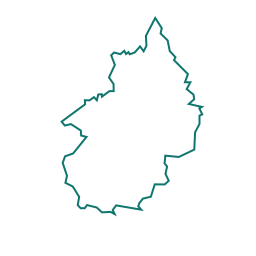 Rosoman, Rosoman, North Macedonia, rotated 325°
{"feature_id": "65306769B19811324233496", "entity_name": "Rosoman", "entity_type": "district", "adm_level": 2, "iso_a3": "MKD", "parent_name": "North Macedonia", "parent_adm1": "Rosoman", "projection": "equal_earth", "projection_center": [21.91, 41.5], "detail": "fine", "context": "isolated", "style": "outline", "palette": "teal", "viewbox_px": 256, "rotation_deg": 325, "n_neighbors": 0, "source": "geoboundaries", "source_scale": "gbopen_adm2", "svg_char_len": 1099}
<svg xmlns="http://www.w3.org/2000/svg" viewBox="0 0 256 256"><g transform="rotate(325 128 128)"><path d="M45.3,137.0L49.2,144.2L48.5,156.4L42.6,162.3L43.2,166.5L46.6,168.9L50.2,167.6L56.8,175.2L58.3,182.2L65.6,186.7L67.7,190.9L68.5,186.4L73.9,184.6L92.0,202.5L91.5,198.0L94.3,196.0L99.7,194.4L107.3,197.4L117.6,189.5L125.7,195.3L131.1,194.6L132.4,187.1L137.9,182.0L137.7,177.9L142.7,172.1L153.1,180.9L169.9,183.7L180.5,170.0L188.9,165.7L193.6,158.9L196.6,159.4L197.7,152.9L200.6,153.1L191.6,143.2L198.7,142.4L200.8,138.2L198.4,129.8L205.3,126.3L200.9,123.2L208.0,118.2L204.6,98.8L207.5,97.2L206.3,89.0L210.7,79.0L208.9,69.3L212.9,65.6L213.4,53.5L195.5,62.8L190.3,71.2L184.8,74.1L184.7,68.1L176.8,70.0L171.7,68.6L171.9,66.1L168.8,66.3L169.2,62.6L164.1,63.1L159.9,58.2L155.9,58.8L153.5,68.7L141.4,75.7L141.4,83.7L137.4,89.6L133.8,87.1L124.7,87.4L125.9,85.3L122.9,83.5L118.4,87.4L117.8,83.2L112.3,83.3L108.6,80.5L106.4,84.0L77.3,84.7L77.6,89.7L83.5,92.1L87.9,103.0L85.3,107.3L88.9,111.5L68.4,117.4L60.2,115.1L54.5,119.1L50.6,132.2L45.3,137.0Z" fill="none" stroke="#0f766e" stroke-width="2"/></g></svg>